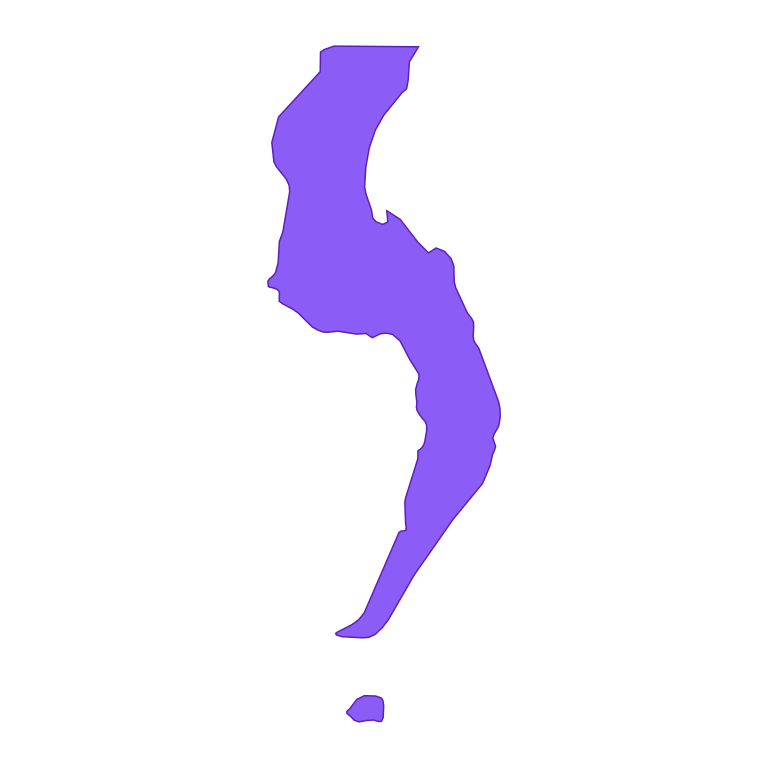 an SVG outline of Davao del Sur
{"feature_id": "PHL-2596", "entity_name": "Davao del Sur", "entity_type": "Province", "adm_level": 1, "iso_a3": "PHL", "parent_name": "Philippines", "parent_adm1": "", "projection": "mercator", "projection_center": [125.415, 6.192], "detail": "fine", "context": "isolated", "style": "filled", "palette": "violet", "viewbox_px": 768, "rotation_deg": 0, "n_neighbors": 0, "source": "natural_earth", "source_scale": "10m", "svg_char_len": 1970}
<svg xmlns="http://www.w3.org/2000/svg" viewBox="0 0 768 768"><path d="M418.5,46.8L409.4,61.8L408.2,79.8L406.6,88.8L402.1,92.6L383.8,115.1L375.2,130.4L369.2,148.2L365.8,167.4L364.6,186.8L365.9,193.8L371.4,209.7L372.7,217.8L376.0,221.8L382.6,224.4L387.8,222.0L386.8,210.7L400.2,219.4L417.7,242.0L428.5,252.9L436.1,248.0L444.4,251.3L451.0,258.5L453.8,265.7L454.2,281.7L455.7,287.7L467.4,313.0L471.8,318.7L473.4,322.1L473.7,326.8L473.2,335.8L473.8,340.3L475.2,343.2L478.8,348.3L498.6,401.7L500.0,408.9L500.2,417.5L498.6,426.3L494.3,433.8L492.8,438.0L495.6,446.4L494.3,450.7L492.7,454.0L489.9,466.0L482.6,483.4L453.0,519.4L414.1,575.1L388.5,619.5L382.5,627.4L375.0,634.5L368.7,637.4L362.0,637.8L342.3,636.7L336.4,635.0L335.7,633.4L337.4,632.1L352.0,624.6L358.3,620.0L358.8,619.6L364.2,612.9L399.0,532.5L400.8,531.1L403.6,531.0L405.9,530.3L406.2,527.3L405.6,523.7L404.8,502.2L405.6,497.9L417.9,458.5L417.9,450.9L418.0,450.8L420.3,449.2L422.2,447.3L423.7,444.8L424.7,441.9L426.6,431.0L426.6,424.9L424.9,421.2L422.5,418.6L419.4,414.5L417.0,410.2L416.4,407.1L416.9,402.7L415.8,394.2L415.6,389.6L417.0,384.1L418.8,379.2L419.0,374.2L409.9,359.7L400.0,340.8L392.6,334.5L388.8,333.5L384.4,333.2L380.1,333.9L372.4,337.7L369.4,335.9L366.2,333.5L356.7,334.1L337.9,331.2L327.5,332.3L323.6,332.1L318.0,330.2L312.1,326.8L298.0,312.8L293.1,309.4L282.8,303.9L279.2,301.2L279.4,293.4L279.0,291.1L276.7,289.1L273.2,287.9L269.9,287.2L268.4,286.6L268.2,284.9L267.8,281.5L269.6,278.7L272.5,276.4L275.5,272.7L278.1,262.9L279.4,241.5L282.7,232.3L282.7,232.2L282.8,232.2L289.7,191.6L289.1,185.1L285.8,178.4L276.6,167.0L273.9,161.8L271.8,142.5L278.6,116.9L320.2,71.7L320.5,52.1L322.0,51.1L324.4,49.5L334.2,46.1L418.5,46.8ZM381.4,698.1L382.8,700.2L383.7,705.5L383.2,717.5L381.4,721.4L378.5,721.5L373.4,720.0L365.9,720.6L359.0,721.9L354.0,720.1L350.6,716.4L347.0,713.5L346.7,711.6L350.1,708.4L356.7,699.5L364.3,695.7L375.7,696.0L381.4,698.1Z" fill="#8b5cf6" stroke="#5b21b6" stroke-width="1.5"/></svg>